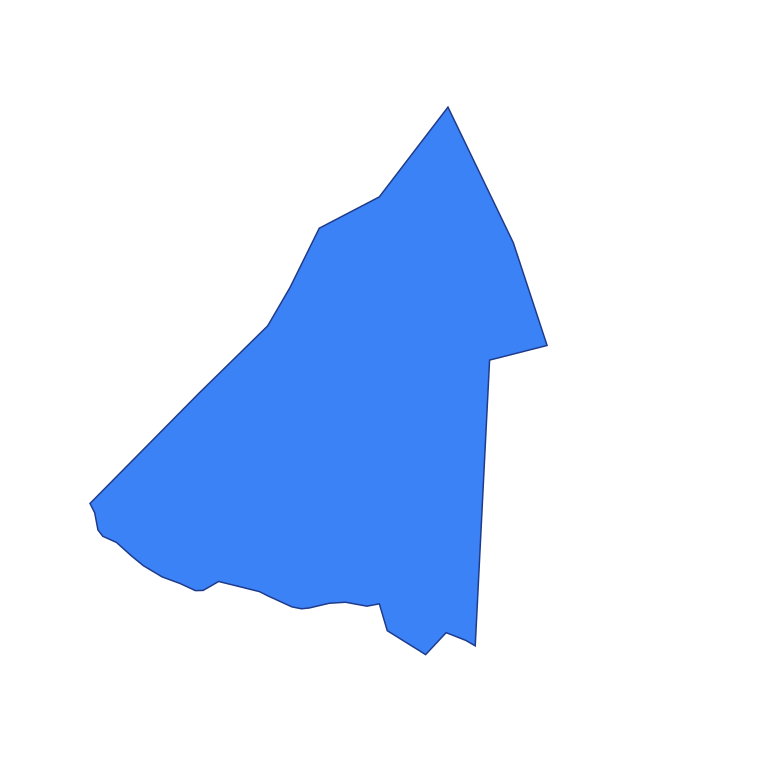 Patu, Rio Grande do Norte, Brazil, rotated 28°
{"feature_id": "56859067B11230270721601", "entity_name": "Patu", "entity_type": "district", "adm_level": 2, "iso_a3": "BRA", "parent_name": "Brazil", "parent_adm1": "Rio Grande do Norte", "projection": "orthographic", "projection_center": [-37.626, -6.066], "detail": "fine", "context": "isolated", "style": "filled", "palette": "blue", "viewbox_px": 768, "rotation_deg": 28, "n_neighbors": 0, "source": "geoboundaries", "source_scale": "gbopen_adm2", "svg_char_len": 626}
<svg xmlns="http://www.w3.org/2000/svg" viewBox="0 0 768 768"><g transform="rotate(28 384 384)"><path d="M180.5,627.5L189.0,633.5L199.9,647.1L207.2,650.5L222.2,649.5L241.4,654.3L256.8,657.4L278.7,658.5L297.6,655.9L314.4,655.0L321.2,651.2L330.7,636.0L371.5,625.8L381.1,625.6L407.4,624.0L416.7,621.2L423.2,616.8L438.6,603.3L452.4,594.8L473.2,588.2L483.1,580.3L502.7,600.3L547.8,603.4L555.6,574.4L576.6,572.0L587.5,572.4L514.6,417.0L466.0,313.3L509.9,273.4L431.9,198.6L310.5,109.5L306.1,135.9L292.0,221.0L253.7,276.8L255.7,343.0L254.0,387.3L225.0,478.9L180.5,627.5Z" fill="#3b82f6" stroke="#1e3a8a" stroke-width="1.5"/></g></svg>